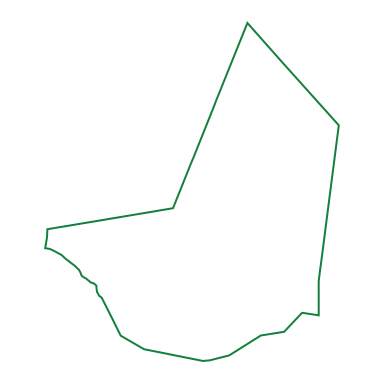 Pajeú do Piauí, Piauí, Brazil (orthographic projection)
{"feature_id": "56859067B79713407266693", "entity_name": "Pajeú do Piauí", "entity_type": "district", "adm_level": 2, "iso_a3": "BRA", "parent_name": "Brazil", "parent_adm1": "Piauí", "projection": "orthographic", "projection_center": [-42.901, -7.864], "detail": "fine", "context": "isolated", "style": "outline", "palette": "green", "viewbox_px": 384, "rotation_deg": 0, "n_neighbors": 0, "source": "geoboundaries", "source_scale": "gbopen_adm2", "svg_char_len": 692}
<svg xmlns="http://www.w3.org/2000/svg" viewBox="0 0 384 384"><path d="M318.7,315.3L318.7,281.2L320.4,267.5L320.8,265.0L330.3,191.2L338.0,131.5L338.8,125.3L299.4,81.4L284.2,64.5L247.4,23.0L215.7,101.7L214.4,105.3L193.6,157.2L191.0,163.3L180.1,190.6L173.0,208.2L125.4,216.2L47.4,229.2L47.0,237.4L45.2,248.2L49.7,248.9L53.8,250.8L61.7,255.1L64.9,258.2L70.8,262.8L74.7,265.7L79.0,269.9L80.4,272.4L81.5,275.5L83.6,277.2L86.3,278.7L90.8,282.5L93.4,283.2L96.3,285.5L96.6,289.2L97.1,292.0L99.1,295.7L101.7,297.7L113.0,320.1L120.7,335.7L144.0,349.2L203.1,361.0L205.4,360.7L209.5,360.4L229.2,355.4L260.8,335.5L284.1,331.8L302.1,312.8L318.7,315.3Z" fill="none" stroke="#15803d" stroke-width="2"/></svg>